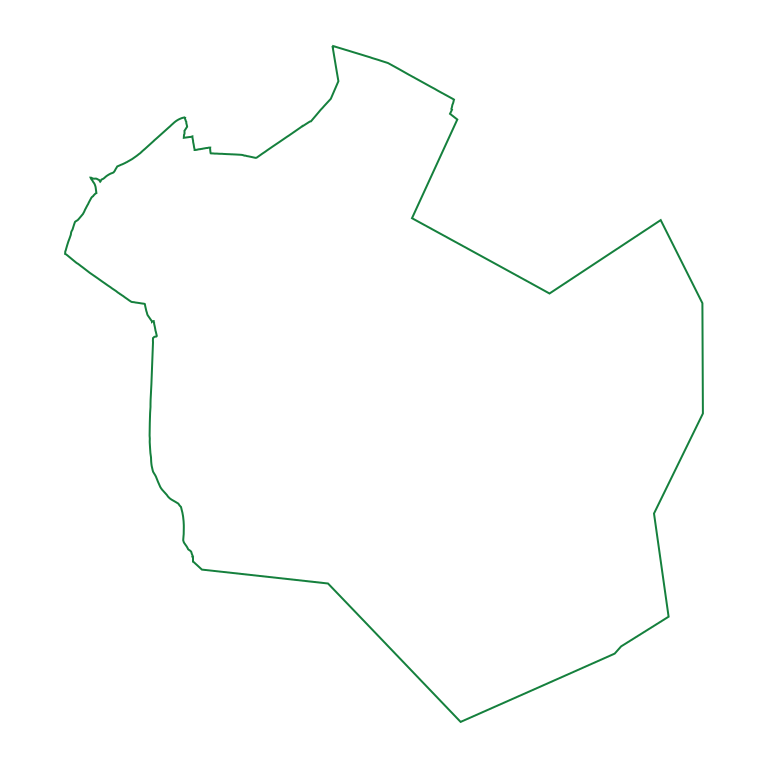 outline of Hollands Kroon, Noord-Holland, Netherlands, rotated 90°
{"feature_id": "6326949B67120856251926", "entity_name": "Hollands Kroon", "entity_type": "district", "adm_level": 2, "iso_a3": "NLD", "parent_name": "Netherlands", "parent_adm1": "Noord-Holland", "projection": "robinson", "projection_center": [4.878, 52.876], "detail": "fine", "context": "isolated", "style": "outline", "palette": "green", "viewbox_px": 768, "rotation_deg": 90, "n_neighbors": 0, "source": "geoboundaries", "source_scale": "gbopen_adm2", "svg_char_len": 5929}
<svg xmlns="http://www.w3.org/2000/svg" viewBox="0 0 768 768"><g transform="rotate(90 384 384)"><path d="M616.7,99.4L513.5,114.0L413.5,65.1L303.2,65.6L220.1,107.3L256.2,162.0L293.5,218.5L288.8,227.0L265.6,269.3L218.2,356.0L119.5,310.7L113.8,318.0L109.7,316.0L109.3,316.5L109.1,316.6L108.8,316.6L107.7,316.2L105.8,315.8L105.2,315.7L104.8,315.6L104.1,315.3L103.1,314.9L102.4,314.7L101.6,314.5L101.2,314.4L100.9,314.4L99.6,314.0L99.1,314.8L96.4,319.7L92.6,326.7L90.5,330.5L88.8,333.4L87.1,336.6L85.4,339.7L83.4,343.3L74.6,359.3L69.5,368.3L63.0,380.1L61.0,386.4L59.9,389.7L58.1,395.7L57.3,397.9L55.8,402.9L55.1,405.1L52.1,415.0L50.6,419.8L49.7,422.9L49.1,424.8L46.1,434.8L47.4,434.9L47.3,435.3L71.9,431.2L81.2,429.6L98.8,437.2L106.3,444.1L107.7,445.3L109.9,447.4L112.2,449.3L121.3,457.0L121.4,457.6L121.5,458.0L121.9,458.7L122.0,458.8L122.5,459.7L123.1,460.5L123.3,460.9L126.2,465.4L126.0,465.5L126.4,466.1L127.3,467.2L136.1,479.9L136.1,480.0L136.3,480.3L142.4,489.2L146.5,495.3L150.5,501.1L151.6,502.6L153.8,505.9L156.3,509.4L158.1,512.0L158.3,512.1L157.9,512.1L157.9,512.6L157.7,513.0L157.7,513.3L157.6,513.7L156.9,516.9L156.3,519.7L156.1,521.1L155.8,521.9L155.6,522.8L155.7,523.1L155.5,523.9L155.4,524.0L155.3,524.4L155.3,524.7L155.1,525.0L154.9,526.1L154.8,527.2L154.7,528.6L154.4,534.2L154.3,536.8L154.2,538.7L154.1,541.3L154.0,543.0L153.9,545.1L153.8,545.7L153.8,548.0L153.7,549.9L153.6,551.1L153.6,551.7L153.6,553.3L153.5,554.1L153.4,556.0L153.4,556.6L153.4,556.9L153.3,557.3L152.5,557.5L150.8,557.7L148.6,557.9L148.4,557.9L147.6,557.8L147.6,558.5L147.7,559.6L147.8,560.0L148.0,560.5L148.0,561.1L148.0,561.4L148.2,562.6L148.3,563.1L148.5,564.2L148.6,565.0L148.9,566.0L148.9,566.5L149.0,567.1L149.1,567.6L149.2,567.8L149.2,568.5L149.4,569.7L149.8,571.3L149.9,572.2L150.0,572.8L150.0,573.2L150.0,573.4L149.4,573.4L147.3,573.9L144.7,574.3L142.3,574.8L141.8,574.9L141.0,574.9L140.3,575.0L139.5,575.2L138.9,575.3L137.9,575.5L136.4,575.6L136.8,576.9L137.0,577.8L137.0,578.4L137.1,579.1L137.8,584.2L134.9,584.0L134.0,583.6L133.8,583.5L133.4,583.5L130.7,583.5L130.6,583.4L129.4,582.6L127.2,581.2L126.8,580.9L126.6,581.0L125.9,581.0L124.7,581.3L123.8,581.5L123.2,581.7L122.2,581.7L121.9,581.7L121.6,581.8L121.3,582.0L120.8,582.3L119.9,582.5L119.0,582.9L118.7,583.0L118.3,583.0L117.6,582.9L117.4,582.8L117.2,582.9L117.3,582.9L117.6,584.3L118.0,585.9L118.6,587.5L119.4,589.2L119.6,589.6L120.3,590.8L121.3,592.3L122.5,593.8L123.6,595.0L125.2,596.8L126.3,597.9L127.5,599.3L129.3,601.3L138.0,611.0L140.7,614.1L140.8,614.1L148.4,622.5L149.3,623.5L149.5,623.7L149.5,623.8L151.9,626.5L152.0,626.5L153.5,628.2L153.9,628.8L154.4,629.5L154.7,629.8L156.0,631.5L158.6,635.2L158.9,635.6L159.4,636.4L159.5,636.7L159.6,636.8L159.9,637.3L161.7,640.5L162.1,641.1L162.4,641.9L162.8,642.5L163.7,644.4L164.4,645.9L164.6,646.6L165.4,648.3L166.3,650.4L166.4,650.7L169.7,652.7L170.0,652.8L170.8,653.2L171.8,654.0L172.1,654.2L172.3,654.3L172.5,654.6L172.7,655.0L173.3,656.5L173.6,657.4L174.3,658.7L175.2,660.2L176.0,661.4L176.9,662.5L177.9,663.6L178.6,664.5L179.1,665.4L179.5,666.4L179.6,666.5L180.1,666.9L180.4,667.1L181.1,667.3L181.4,667.5L181.7,667.8L180.8,668.4L180.0,668.9L179.8,669.3L179.7,669.6L179.1,670.7L178.7,671.5L178.6,672.4L178.6,672.6L178.7,673.4L178.7,673.7L178.7,674.0L178.7,674.4L178.4,675.5L177.8,676.6L177.7,676.9L177.7,677.4L178.8,676.9L181.2,675.2L181.7,675.0L183.2,673.9L183.7,673.6L184.8,673.1L186.0,672.7L187.1,672.4L193.1,671.6L193.4,672.3L193.9,672.9L195.3,674.3L195.9,674.7L196.1,674.8L196.6,675.5L197.0,676.0L197.7,676.6L202.5,679.2L204.1,679.9L205.4,680.7L210.0,683.1L211.7,683.8L213.5,684.8L213.8,684.9L216.2,686.9L218.8,689.1L220.1,690.3L220.3,690.6L220.4,690.8L221.6,692.7L221.8,692.9L222.2,693.1L222.5,693.2L223.0,693.4L225.1,694.1L229.6,695.5L230.8,696.2L231.6,696.6L232.3,696.8L233.1,697.0L234.2,697.1L234.6,697.2L234.8,697.2L238.8,698.6L240.6,699.3L241.7,699.7L245.5,700.9L249.7,702.1L250.5,702.3L250.9,702.5L251.3,702.7L253.9,702.9L254.0,702.6L254.2,702.2L255.3,700.7L259.7,695.4L262.5,692.0L263.1,691.2L263.3,690.9L263.4,690.7L263.6,690.3L264.7,688.8L266.2,686.9L267.2,685.5L268.9,683.3L270.6,681.1L272.7,678.4L273.4,677.4L277.2,671.9L277.6,671.3L281.1,666.4L285.3,660.4L287.3,657.4L288.3,656.1L291.1,651.9L292.4,650.3L292.8,649.7L293.1,649.3L293.6,648.4L294.0,648.1L294.7,646.8L295.0,646.5L295.7,645.4L295.8,645.2L296.6,644.1L297.0,643.6L297.3,643.2L297.8,642.5L298.0,642.2L299.1,640.6L300.2,639.1L301.6,637.0L301.7,636.8L302.0,636.1L302.2,633.9L302.5,632.6L302.8,630.3L303.0,629.0L303.5,625.9L303.6,624.9L303.7,624.2L303.9,623.3L304.1,623.2L304.3,623.1L305.4,622.9L306.0,622.8L310.9,621.7L312.7,621.1L314.0,620.8L315.1,620.4L319.6,617.3L321.0,616.3L321.4,616.0L321.5,616.0L321.3,615.8L321.1,614.3L321.8,614.2L322.2,614.4L322.4,614.3L322.4,614.2L322.7,614.0L322.8,613.9L323.1,613.9L323.5,613.9L324.1,613.8L326.8,613.2L329.4,612.7L330.7,612.5L331.6,612.2L335.9,611.2L336.5,611.6L336.8,613.6L338.1,615.0L341.1,615.1L341.9,615.0L342.4,615.0L384.2,616.6L399.8,617.4L404.2,617.5L407.0,617.5L413.0,617.9L422.9,618.2L435.7,618.4L438.5,618.2L442.0,618.3L448.7,617.9L453.0,617.6L455.2,617.3L457.3,617.0L459.7,616.9L461.8,616.8L462.8,616.7L463.9,616.6L466.0,616.3L470.4,615.3L471.1,615.1L471.7,614.9L472.3,614.6L475.4,612.7L476.2,612.3L477.0,611.9L477.8,611.6L481.8,610.0L485.9,608.2L487.0,607.7L488.0,607.1L489.0,606.4L489.9,605.7L495.0,601.1L496.6,600.0L497.4,599.2L498.3,598.3L498.9,597.5L499.6,596.5L501.9,592.5L503.6,589.7L505.5,588.4L507.0,587.0L510.3,586.2L512.6,585.6L516.6,584.9L521.3,584.4L525.2,584.2L527.5,584.2L534.1,584.3L536.3,584.5L540.2,584.8L541.9,584.3L542.2,584.2L543.1,583.7L546.5,581.3L547.7,580.6L549.0,580.0L549.6,579.5L550.2,578.5L550.9,577.6L551.6,576.9L552.1,576.7L554.1,576.1L556.4,575.1L556.8,575.6L557.6,575.0L560.6,575.0L561.5,575.0L561.5,574.9L569.6,566.1L583.5,440.0L618.8,406.1L721.9,307.4L680.6,214.1L653.6,153.3L646.4,146.9L616.7,99.4Z" fill="none" stroke="#15803d" stroke-width="2"/></g></svg>